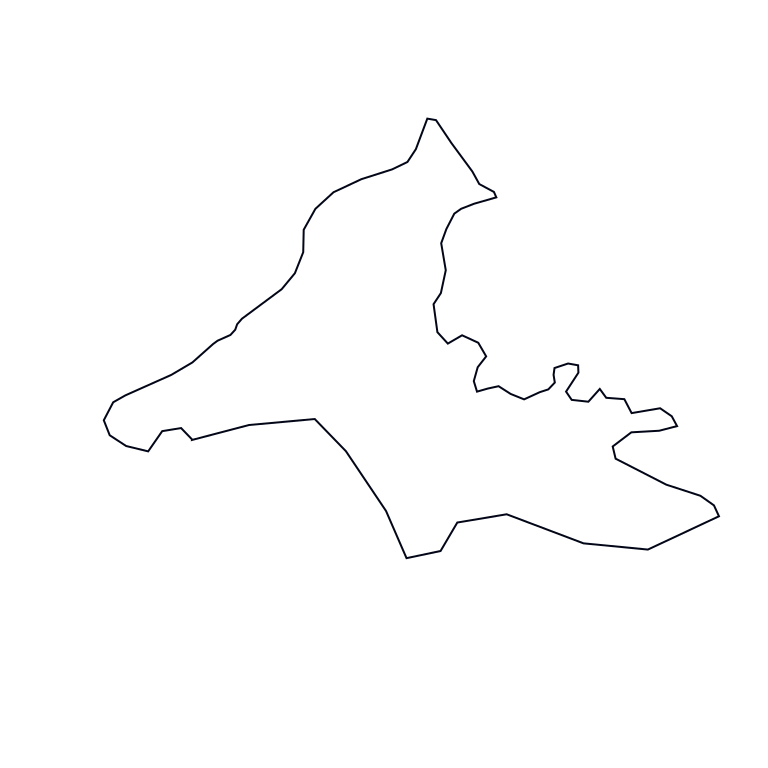 Rasŏn, orthographic projection, rotated 252°
{"feature_id": "PRK-5495", "entity_name": "Rasŏn", "entity_type": "Province", "adm_level": 1, "iso_a3": "PRK", "parent_name": "North Korea", "parent_adm1": "", "projection": "orthographic", "projection_center": [130.457, 42.392], "detail": "fine", "context": "isolated", "style": "outline", "palette": "ink", "viewbox_px": 768, "rotation_deg": 252, "n_neighbors": 0, "source": "natural_earth", "source_scale": "10m", "svg_char_len": 1270}
<svg xmlns="http://www.w3.org/2000/svg" viewBox="0 0 768 768"><g transform="rotate(252 384 384)"><path d="M436.1,106.3L450.3,120.8L453.1,134.5L458.4,184.5L463.7,208.4L474.8,233.7L476.6,239.1L478.1,253.1L481.6,259.3L486.2,262.8L490.0,269.1L505.8,316.0L516.9,333.5L534.3,347.9L555.5,355.3L571.8,372.9L582.0,395.3L585.8,425.9L585.6,458.0L587.9,474.9L597.5,486.9L623.0,507.2L618.9,515.0L592.2,522.6L558.8,533.7L544.7,536.4L532.7,547.9L526.8,548.5L527.6,525.4L526.8,511.5L524.3,503.5L512.1,491.2L500.2,481.9L473.1,477.9L452.9,466.2L444.6,455.8L416.8,450.8L402.7,457.2L406.2,473.3L394.1,486.4L378.7,489.7L371.0,478.3L359.0,470.3L348.0,470.1L347.6,481.3L346.5,492.3L335.4,501.4L326.1,512.5L328.1,529.7L328.1,538.6L332.6,546.9L340.3,548.1L346.5,551.1L346.6,565.4L341.8,574.4L334.7,572.4L320.5,554.8L310.9,557.6L304.0,572.9L312.6,587.7L302.2,591.1L295.3,607.9L279.8,610.5L275.6,639.1L264.4,647.7L253.4,649.7L254.5,631.3L261.6,604.3L253.9,582.2L241.4,581.2L201.0,621.4L179.9,650.4L166.6,660.3L154.7,661.7L145.0,583.8L170.8,524.5L222.2,460.4L229.6,410.9L207.7,386.2L211.4,351.6L262.6,346.7L331.9,327.0L372.1,307.3L386.7,243.0L390.1,184.2L390.4,184.4L404.8,177.4L407.7,158.5L392.8,138.9L404.7,119.6L420.0,107.3L436.1,106.3Z" fill="none" stroke="#020617" stroke-width="2"/></g></svg>